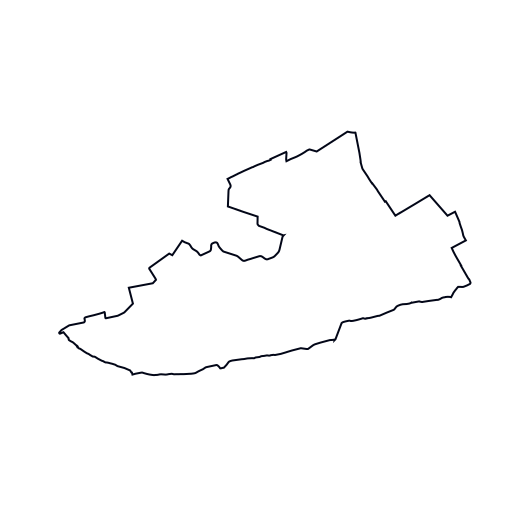 the district of Cumpana, Constanta, Romania, rotated 348°
{"feature_id": "2599482B64755451325856", "entity_name": "Cumpana", "entity_type": "district", "adm_level": 2, "iso_a3": "ROU", "parent_name": "Romania", "parent_adm1": "Constanta", "projection": "equal_earth", "projection_center": [28.523, 44.126], "detail": "fine", "context": "isolated", "style": "outline", "palette": "ink", "viewbox_px": 512, "rotation_deg": 348, "n_neighbors": 0, "source": "geoboundaries", "source_scale": "gbopen_adm2", "svg_char_len": 5999}
<svg xmlns="http://www.w3.org/2000/svg" viewBox="0 0 512 512"><g transform="rotate(348 256 256)"><path d="M50.5,287.9L47.6,290.0L47.5,290.5L47.8,291.1L48.2,291.2L51.1,290.7L51.4,290.5L51.8,290.5L53.5,293.7L54.6,295.7L55.5,297.2L55.5,297.7L55.4,297.7L55.5,299.2L56.1,299.9L57.8,301.5L58.6,302.0L59.6,303.2L61.4,305.7L62.3,306.6L62.6,307.1L62.1,307.3L62.5,308.4L63.0,308.7L63.3,309.1L63.6,309.6L64.7,310.2L64.8,310.3L65.5,311.0L68.2,313.9L70.4,316.0L71.1,316.5L71.5,316.7L72.6,317.7L72.9,318.1L74.2,319.3L75.4,320.4L77.1,320.9L77.8,321.4L78.1,321.7L78.9,322.5L79.9,323.5L83.4,326.4L85.1,327.4L85.6,328.1L86.9,328.9L88.1,329.2L89.7,329.9L91.0,330.6L92.9,331.5L95.7,333.1L97.6,334.9L104.0,338.2L109.1,341.8L109.9,344.0L110.4,344.2L110.5,345.5L110.5,346.3L113.6,346.1L118.9,346.2L120.3,346.3L121.1,346.7L122.1,347.3L124.8,348.7L127.2,349.8L129.6,350.7L131.4,351.3L133.1,351.5L134.9,351.8L137.4,351.8L138.7,352.0L142.8,353.2L144.3,353.4L146.1,353.4L149.1,353.7L150.0,354.1L151.1,354.6L152.1,354.8L155.2,355.4L161.2,356.6L164.4,357.1L168.2,357.7L170.6,357.9L172.1,357.9L172.7,357.8L174.0,357.4L175.5,356.9L177.9,356.3L180.6,355.7L182.3,355.0L183.5,354.5L184.6,354.4L191.2,354.4L194.6,354.4L195.3,354.7L195.8,355.2L196.6,356.3L197.2,357.4L197.6,358.4L198.2,358.6L199.9,358.5L201.3,358.6L201.9,358.2L203.2,357.3L204.6,356.3L207.2,354.0L207.8,353.7L209.2,353.4L211.1,353.3L220.5,354.0L222.9,354.3L226.4,354.4L230.9,355.1L232.8,355.6L233.4,355.5L234.3,355.2L234.9,355.2L237.2,355.4L238.5,355.5L240.3,355.1L241.5,355.2L243.0,355.4L246.1,355.5L247.8,356.1L248.8,356.3L249.8,356.1L252.5,356.3L254.0,356.8L259.9,356.9L264.9,356.5L266.8,356.3L271.6,355.9L280.7,355.5L286.2,357.5L287.2,357.7L287.7,357.7L293.2,355.2L294.5,354.8L295.6,354.6L301.2,354.1L310.7,353.6L313.4,354.0L314.8,354.1L315.8,354.1L315.6,354.5L316.4,354.0L325.8,339.4L326.4,339.1L326.9,338.9L328.2,338.7L330.0,338.6L331.0,338.6L333.5,338.6L334.1,338.7L335.2,339.3L335.7,339.4L337.3,339.6L340.8,339.6L342.8,339.5L345.6,339.3L347.4,339.1L347.8,339.1L349.1,339.8L349.8,340.1L350.2,340.1L351.2,340.1L351.2,339.9L351.5,339.9L353.8,340.2L355.9,340.2L362.5,339.9L364.4,340.1L372.4,338.5L379.4,337.3L379.9,337.1L380.4,336.8L381.3,336.0L382.2,335.3L382.7,334.9L382.9,334.7L383.2,334.6L383.7,334.4L384.8,334.1L385.4,334.0L387.3,333.7L388.6,333.7L389.8,333.7L390.8,333.9L393.4,334.3L396.1,334.4L397.6,334.2L398.4,333.9L398.5,334.1L406.2,334.3L406.4,334.5L408.2,335.3L408.7,335.5L409.2,335.6L410.2,335.6L415.7,335.9L423.6,336.5L424.2,336.6L424.7,336.7L425.3,336.7L425.8,336.6L426.9,336.4L427.9,336.1L428.9,335.7L429.6,335.6L430.5,335.5L432.3,335.6L432.8,335.5L435.2,335.8L435.9,336.0L436.7,336.2L437.5,336.5L438.3,336.9L439.7,335.2L440.2,334.7L441.1,333.5L441.7,332.8L442.6,332.0L443.7,331.0L445.0,330.0L445.9,329.2L447.3,328.2L451.6,329.2L452.1,329.3L453.1,329.2L456.1,328.7L458.0,328.2L459.5,327.8L460.0,327.3L460.3,326.6L459.7,323.3L459.6,323.0L459.2,322.6L458.5,320.7L456.2,313.6L454.4,308.1L454.7,308.0L453.5,304.2L452.2,300.3L451.1,296.8L450.0,292.8L449.1,288.8L464.5,284.4L463.2,280.2L463.0,278.9L463.0,276.5L462.9,273.5L462.4,269.8L462.0,266.1L462.1,264.9L462.0,264.5L461.6,262.4L460.0,254.5L459.9,254.1L451.7,256.4L438.4,232.6L422.6,238.1L416.7,240.1L405.3,244.0L405.3,243.9L403.6,244.5L400.9,245.5L400.8,245.2L400.6,245.3L394.3,229.4L393.4,229.7L388.7,218.0L388.1,216.1L384.8,209.0L384.6,209.1L384.4,208.6L383.9,207.5L382.6,204.1L381.7,201.4L378.4,193.2L378.2,192.3L377.8,186.0L378.0,185.9L378.2,183.7L378.6,176.6L378.9,156.0L378.8,155.9L378.6,155.9L377.9,155.8L377.3,155.7L375.9,155.3L374.0,154.6L371.3,153.4L337.1,166.4L331.3,163.3L330.5,162.9L330.2,162.9L327.6,163.5L325.3,164.5L322.2,165.6L319.9,166.3L316.7,167.2L314.7,167.6L310.1,168.4L305.5,169.6L305.5,169.0L305.6,167.7L305.9,166.5L307.3,161.5L307.1,160.5L290.3,164.2L290.4,164.9L288.8,165.3L288.3,165.4L286.8,165.4L283.7,165.9L283.2,166.1L282.7,166.3L282.0,166.4L281.4,166.5L276.7,167.2L272.8,168.0L272.0,168.3L271.2,168.4L270.7,168.4L270.1,168.5L269.3,168.7L262.2,170.2L257.6,171.3L255.7,171.7L254.8,172.0L252.7,172.5L251.4,172.9L250.7,173.0L249.9,173.3L248.2,173.6L246.9,174.0L246.2,174.2L244.2,174.7L245.4,179.5L245.7,180.7L245.8,181.7L245.7,182.4L245.4,183.0L245.1,183.5L243.5,184.8L243.0,185.5L242.6,186.8L241.3,191.9L238.8,201.7L252.8,210.2L265.8,217.8L264.2,224.6L264.2,225.5L265.1,227.1L270.0,230.1L271.3,231.1L271.9,231.6L287.2,241.6L287.3,241.6L286.6,242.1L286.2,242.4L286.0,242.7L285.8,243.1L285.2,244.3L284.5,245.8L280.3,254.7L279.6,255.9L279.0,256.6L278.5,257.1L276.8,258.3L274.1,260.1L273.4,260.4L273.0,260.6L271.7,260.9L269.6,261.2L268.1,261.4L266.9,261.6L266.3,261.6L265.7,261.5L265.0,261.1L264.7,260.9L263.9,260.2L262.7,258.8L261.8,257.9L261.5,257.6L260.8,257.2L260.1,257.0L259.9,256.9L258.9,256.9L253.2,257.4L252.1,257.5L250.4,257.7L247.2,257.9L244.6,258.3L243.8,258.3L243.3,258.3L242.8,258.1L242.2,257.8L241.4,257.0L238.7,253.4L238.3,252.9L237.8,252.4L237.4,252.0L237.0,251.7L235.1,250.6L226.0,245.4L225.3,245.0L224.8,244.6L224.6,244.3L223.9,243.3L222.5,240.8L222.1,240.0L221.6,238.8L221.4,237.7L221.1,236.2L221.0,235.8L220.7,235.1L220.2,234.6L219.7,234.4L219.1,234.2L218.7,234.2L218.1,234.2L217.6,234.3L217.0,234.4L216.6,234.5L215.8,234.7L215.4,234.9L215.0,235.2L214.7,235.7L214.4,236.1L214.3,236.5L214.2,237.1L213.8,238.7L213.5,239.5L213.2,240.4L212.9,240.9L212.3,241.5L211.6,241.8L209.9,242.2L202.8,243.8L202.5,243.9L202.0,243.9L201.4,243.4L200.9,242.8L200.4,241.5L199.8,240.3L199.0,239.1L198.6,238.7L195.9,236.2L195.2,235.3L194.6,234.1L193.9,232.0L193.3,230.8L193.1,230.4L192.3,229.7L191.1,229.0L190.7,228.7L189.1,227.7L186.9,225.7L174.3,237.8L171.6,235.6L149.9,245.1L149.1,245.6L148.9,246.2L153.0,257.3L153.2,258.5L149.4,261.2L125.0,260.6L125.7,277.0L115.8,283.6L115.0,284.0L108.8,285.6L108.2,285.7L96.4,285.7L96.0,285.6L95.8,285.2L96.3,279.7L96.0,279.3L94.0,279.6L90.5,279.9L84.9,280.2L80.2,280.3L76.7,280.5L76.2,280.6L75.5,281.0L75.2,281.5L75.2,283.2L75.0,284.2L74.3,285.0L73.7,285.2L58.9,285.0L50.5,287.9Z" fill="none" stroke="#020617" stroke-width="2"/></g></svg>